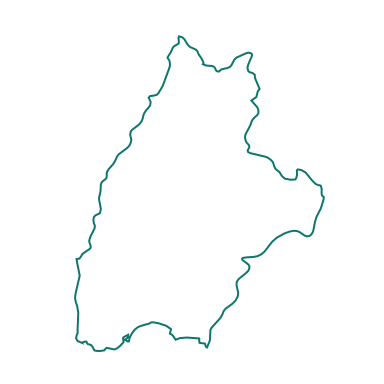 Nghệ An, Robinson projection, rotated 84°
{"feature_id": "VNM-475", "entity_name": "Nghệ An", "entity_type": "Province", "adm_level": 1, "iso_a3": "VNM", "parent_name": "Vietnam", "parent_adm1": "", "projection": "robinson", "projection_center": [104.899, 19.281], "detail": "fine", "context": "isolated", "style": "outline", "palette": "teal", "viewbox_px": 384, "rotation_deg": 84, "n_neighbors": 0, "source": "natural_earth", "source_scale": "10m", "svg_char_len": 3417}
<svg xmlns="http://www.w3.org/2000/svg" viewBox="0 0 384 384"><g transform="rotate(84 192 192)"><path d="M207.2,63.3L209.3,62.9L210.9,61.4L213.6,62.1L221.8,65.6L229.6,70.7L234.3,72.7L243.7,75.6L246.5,77.5L248.1,80.0L248.1,82.4L247.0,84.7L243.1,89.2L241.8,91.7L241.2,94.7L241.6,99.2L242.9,104.5L246.3,112.5L249.8,117.4L259.0,126.3L261.3,129.8L262.7,133.7L263.0,137.5L262.7,145.1L262.9,148.3L263.7,149.2L265.1,148.8L268.6,144.9L270.2,143.4L272.0,142.7L274.1,143.0L276.4,144.4L278.6,147.2L283.5,154.8L285.9,156.8L289.1,157.5L296.7,156.6L300.4,157.3L304.8,160.3L307.4,163.6L311.5,170.7L313.1,172.4L314.9,173.6L317.2,174.7L320.4,177.1L329.1,186.8L331.2,188.1L341.4,189.7L348.2,193.3L348.0,193.7L346.8,194.6L345.3,194.7L344.1,195.0L342.8,200.3L340.7,200.4L338.5,200.1L338.2,201.1L336.2,212.4L336.0,219.1L337.2,223.7L333.1,225.9L331.6,227.0L330.5,228.8L326.2,227.2L322.3,231.7L319.3,238.4L317.6,243.9L317.4,246.3L318.3,248.0L318.7,249.6L318.9,252.0L320.1,257.9L320.9,260.2L323.0,263.4L326.5,266.6L330.4,269.2L334.0,270.4L334.0,271.5L331.8,274.1L331.1,272.5L330.2,271.3L328.9,270.6L327.3,270.4L329.0,274.6L329.5,275.5L330.6,275.9L333.3,275.6L334.5,276.1L337.9,280.1L339.6,282.9L340.5,285.5L338.1,293.1L338.8,294.3L340.3,295.8L340.5,299.3L340.1,303.1L339.4,305.6L335.6,307.1L333.7,308.3L332.9,310.0L332.4,311.5L331.4,312.1L330.3,312.4L329.6,313.1L329.6,314.3L329.9,315.8L330.3,317.0L330.7,316.9L328.3,321.3L325.3,322.6L321.7,321.4L320.6,320.5L318.6,320.3L317.7,320.3L300.0,317.7L293.0,318.2L289.3,319.1L285.4,319.4L281.1,318.5L263.4,312.4L250.8,313.6L246.6,313.8L246.6,311.5L245.6,310.0L242.1,307.4L237.6,299.1L235.6,298.4L233.7,298.7L231.8,299.2L229.9,299.4L226.0,297.8L218.0,292.7L215.4,292.1L212.7,292.9L209.5,293.0L206.7,292.2L205.1,290.4L203.5,285.8L199.3,284.4L190.1,285.2L187.9,285.0L181.7,282.9L175.2,281.9L173.3,281.1L172.1,279.9L170.2,276.8L169.4,275.8L167.8,275.2L164.7,274.9L163.1,274.4L160.7,272.6L156.3,267.8L154.1,265.9L148.7,262.7L146.8,260.8L141.3,251.7L139.4,249.5L136.7,247.8L133.7,246.9L128.7,247.5L125.9,246.8L123.9,245.1L119.3,237.5L116.6,234.9L114.1,233.5L111.3,232.6L108.3,231.1L105.8,228.9L103.7,226.5L101.4,224.6L98.2,223.7L93.6,225.2L92.2,223.6L92.2,220.3L91.6,216.7L90.0,214.9L83.6,210.1L65.9,201.4L62.6,200.5L59.2,200.7L55.9,202.3L55.7,202.3L50.9,198.6L46.9,196.2L45.8,195.4L45.0,194.1L42.9,189.7L40.4,189.3L37.5,189.4L35.8,188.6L37.2,185.4L39.3,183.6L45.0,180.9L47.5,178.9L50.6,173.6L52.5,171.9L55.9,171.0L59.5,168.9L63.3,167.4L65.6,167.1L66.1,167.8L66.2,167.7L67.5,165.1L68.0,163.3L68.7,159.1L69.7,157.1L71.3,156.1L73.0,155.6L74.4,154.8L75.1,152.7L73.2,150.1L72.7,147.1L72.5,144.0L71.5,141.0L69.7,139.3L64.7,136.0L62.9,133.4L59.7,123.8L59.3,121.5L60.3,118.6L61.7,117.9L63.6,118.5L71.2,122.8L74.2,123.9L77.5,123.4L78.8,122.3L79.9,119.5L81.0,118.3L81.8,117.4L85.3,117.4L92.0,115.4L96.6,114.0L98.7,116.0L104.3,118.1L107.2,123.4L114.6,118.2L117.5,117.4L120.7,117.8L122.6,119.4L124.1,121.6L126.3,124.1L127.7,125.1L131.7,127.0L140.7,133.0L143.4,133.6L147.2,133.1L148.6,132.5L151.0,130.7L152.4,130.2L153.8,130.5L156.5,132.3L158.0,132.1L159.4,130.1L164.5,115.5L165.8,113.0L167.9,110.6L170.4,108.6L172.4,108.0L174.5,107.7L177.6,106.7L181.4,102.9L185.3,101.0L188.4,98.4L190.1,92.6L190.3,89.6L190.3,87.9L189.1,86.9L186.1,85.8L181.4,85.4L180.6,84.4L181.6,81.0L184.6,76.9L193.3,71.2L196.9,68.2L198.4,65.7L198.7,64.1L199.4,63.2L202.5,62.7L207.2,63.3Z" fill="none" stroke="#0f766e" stroke-width="2"/></g></svg>